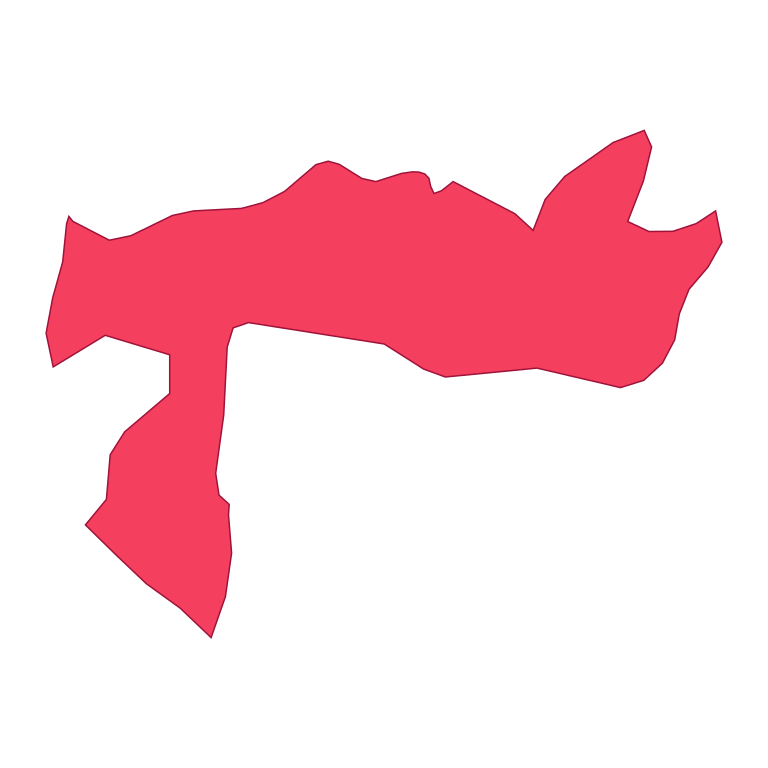 Samaná, Equal Earth projection
{"feature_id": "DOM-1983", "entity_name": "Samaná", "entity_type": "Province", "adm_level": 1, "iso_a3": "DOM", "parent_name": "Dominican Republic", "parent_adm1": "", "projection": "equal_earth", "projection_center": [-69.507, 19.186], "detail": "fine", "context": "isolated", "style": "filled", "palette": "rose", "viewbox_px": 768, "rotation_deg": 0, "n_neighbors": 0, "source": "natural_earth", "source_scale": "10m", "svg_char_len": 1035}
<svg xmlns="http://www.w3.org/2000/svg" viewBox="0 0 768 768"><path d="M68.9,216.4L72.9,221.4L109.3,240.2L130.9,235.7L172.3,215.5L193.6,210.9L241.5,208.4L262.8,202.7L284.6,191.4L316.0,164.6L328.2,161.2L339.2,164.3L361.8,178.4L375.8,181.6L401.6,173.4L412.8,171.8L419.0,172.1L424.7,173.9L428.9,178.2L430.7,186.5L434.0,193.5L441.4,190.8L453.1,181.6L514.9,213.7L533.1,230.4L545.2,199.4L564.7,176.5L613.1,142.5L644.2,130.4L651.6,146.9L643.4,181.0L627.7,221.5L648.9,231.5L672.9,231.3L696.2,223.6L715.6,210.9L721.9,242.3L708.1,266.9L689.0,289.3L679.3,313.9L674.7,339.8L662.4,363.2L643.8,380.3L620.5,387.6L536.9,368.1L445.3,377.0L423.7,369.1L384.2,344.0L248.4,322.6L233.1,327.9L227.2,347.1L223.7,415.2L215.7,473.3L219.0,495.1L229.2,504.4L228.5,514.9L231.6,553.1L225.4,596.7L211.1,637.6L180.1,608.1L146.3,583.7L115.7,554.6L85.4,524.9L106.4,499.4L110.2,454.7L124.7,431.8L141.4,417.6L169.7,393.5L169.7,354.8L105.2,335.3L53.2,366.9L46.1,333.2L52.7,297.8L62.7,261.9L66.6,223.6L68.9,216.4Z" fill="#f43f5e" stroke="#9f1239" stroke-width="1.5"/></svg>